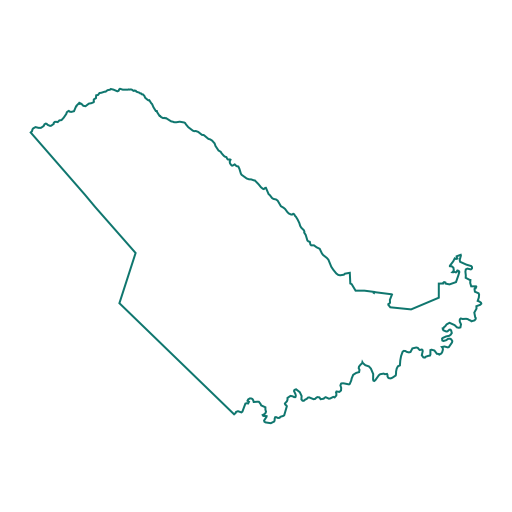 North West Guadalcanl, Guadalcanal, Solomon Islands (Albers equal-area conic projection)
{"feature_id": "97153195B50711658929087", "entity_name": "North West Guadalcanl", "entity_type": "district", "adm_level": 2, "iso_a3": "SLB", "parent_name": "Solomon Islands", "parent_adm1": "Guadalcanal", "projection": "albers", "projection_center": [159.864, -9.408], "detail": "fine", "context": "isolated", "style": "outline", "palette": "teal", "viewbox_px": 512, "rotation_deg": 0, "n_neighbors": 0, "source": "geoboundaries", "source_scale": "gbopen_adm2", "svg_char_len": 6039}
<svg xmlns="http://www.w3.org/2000/svg" viewBox="0 0 512 512"><path d="M411.1,309.4L390.3,307.3L388.3,304.8L388.4,304.0L389.6,303.4L390.0,302.6L389.9,299.8L392.0,294.5L391.7,294.3L374.4,292.1L374.0,293.0L373.7,292.8L374.0,291.9L364.7,290.7L355.6,290.7L351.7,284.2L350.3,283.5L349.8,272.8L344.9,273.7L343.9,274.7L340.1,275.3L338.2,274.9L336.3,273.5L333.3,269.8L331.3,266.8L328.4,259.7L326.8,257.9L323.1,255.0L321.9,253.4L319.7,248.8L316.6,247.3L313.9,245.3L311.2,245.3L310.4,244.5L309.8,241.8L308.4,241.4L307.4,240.5L305.7,234.9L304.2,232.6L304.4,231.7L303.9,230.3L301.2,227.6L300.2,225.9L299.3,223.0L297.7,219.7L295.9,216.7L295.1,216.0L294.2,214.3L293.2,213.8L292.1,214.6L291.0,214.5L288.8,213.5L287.3,212.0L285.1,209.0L283.5,207.7L280.9,206.2L277.7,200.7L276.1,199.5L273.4,198.9L272.0,198.0L269.9,195.2L268.6,194.1L265.9,187.8L265.2,187.9L263.8,189.1L262.9,188.8L261.0,187.3L258.6,184.3L254.8,180.4L254.0,180.4L251.2,179.4L249.0,179.3L246.7,178.5L241.6,174.8L240.9,173.7L239.4,168.8L238.3,166.5L236.5,166.1L234.7,164.4L232.6,165.6L231.9,165.6L231.0,164.8L230.0,163.3L229.7,161.8L230.5,159.7L229.9,159.4L228.1,159.6L227.2,158.8L226.4,157.1L225.0,156.7L223.8,155.8L221.6,153.3L220.7,151.8L218.5,150.5L215.5,146.0L214.6,143.4L212.1,140.6L210.2,139.4L208.4,138.9L204.2,135.4L203.6,135.0L202.0,134.9L198.2,131.9L195.7,131.0L194.3,131.2L192.9,130.7L188.3,127.2L185.8,124.2L185.2,123.1L184.2,122.5L179.7,121.7L176.1,122.3L174.0,122.2L172.9,121.7L171.2,121.4L166.0,118.1L165.2,118.3L164.7,117.9L163.1,118.1L161.1,117.1L160.1,115.9L159.6,116.0L157.1,112.1L156.8,111.0L155.8,111.0L153.5,107.3L152.1,104.1L151.2,103.2L149.3,100.2L148.6,100.4L147.7,99.9L145.2,97.8L144.3,95.8L142.9,94.4L141.8,94.3L141.2,93.5L140.2,93.4L139.4,92.7L136.4,91.7L135.8,90.8L134.4,90.5L134.0,90.9L133.5,90.9L132.1,89.8L130.9,89.4L129.7,89.6L128.7,89.4L127.9,89.7L122.9,89.7L120.0,88.8L119.2,89.4L118.6,90.8L117.4,91.3L113.4,89.6L110.8,89.0L110.0,89.7L107.5,90.2L105.6,91.7L104.6,91.7L101.2,92.8L99.5,93.0L98.1,94.9L96.2,95.3L95.9,98.2L94.1,99.2L93.7,99.9L93.9,101.6L93.7,102.2L91.3,103.2L88.9,103.6L85.5,106.2L83.3,105.8L81.5,103.9L79.3,102.8L78.7,103.6L78.9,103.9L78.3,103.9L76.4,105.8L76.4,106.4L75.9,106.7L74.0,111.2L71.3,111.9L69.8,111.7L68.8,110.9L67.6,111.6L66.8,112.3L66.3,113.9L63.7,117.7L61.5,120.1L59.4,120.4L57.7,122.1L56.2,121.8L54.8,121.9L53.8,122.8L53.7,123.9L51.2,125.7L50.1,125.9L47.7,124.9L46.6,123.8L45.7,123.6L44.4,124.4L43.9,125.7L42.7,126.7L40.8,127.9L38.7,127.9L35.5,127.1L33.2,128.4L32.5,129.3L32.0,131.2L30.7,132.5L84.9,194.7L94.9,206.7L135.6,253.0L119.4,303.2L234.1,414.3L235.6,413.0L236.1,411.9L238.0,411.2L241.4,412.4L242.4,411.6L245.4,403.6L246.7,403.2L248.1,403.5L249.0,401.8L247.5,400.8L248.2,399.4L249.9,398.4L251.3,398.5L252.4,399.0L253.2,400.2L253.7,402.0L257.8,401.7L258.9,401.8L260.5,403.9L261.2,405.4L265.4,407.3L265.4,409.6L266.0,411.7L265.5,413.0L264.6,414.0L262.7,415.0L263.3,415.9L266.6,416.1L266.6,416.7L264.1,420.5L264.4,421.7L265.5,422.4L270.8,423.2L274.2,421.5L274.6,420.4L274.7,418.5L275.2,417.2L276.0,417.1L278.0,418.0L279.6,417.8L280.4,416.8L283.3,415.9L284.2,415.3L286.8,406.4L286.6,405.7L285.2,404.5L284.9,403.5L286.9,401.3L287.5,399.8L287.5,397.9L290.5,395.9L292.6,396.3L294.1,397.1L295.4,397.1L295.8,395.9L295.5,394.2L294.0,391.0L294.5,389.9L296.1,389.3L299.8,392.2L301.6,396.0L301.4,399.4L302.5,400.7L303.8,400.8L305.3,399.5L306.6,399.0L308.0,397.6L309.2,397.4L313.6,399.2L315.1,398.9L316.2,397.8L317.4,397.1L319.4,397.4L320.6,399.2L323.7,398.7L324.5,397.8L325.7,397.2L328.9,398.7L330.1,398.5L333.3,396.9L334.6,397.4L336.3,395.5L336.4,393.8L336.0,392.4L336.5,391.5L339.4,391.9L341.0,390.5L341.2,387.9L340.4,385.4L341.1,383.6L342.0,383.3L343.5,383.3L349.0,384.4L349.7,384.0L351.2,380.6L351.7,378.4L353.2,374.8L356.2,372.9L359.1,372.1L359.5,369.8L358.7,368.2L359.0,366.6L360.6,364.6L362.2,363.2L362.4,362.2L362.9,363.1L365.3,365.2L368.9,366.4L370.9,368.6L373.2,374.0L373.1,379.3L373.4,380.6L374.2,381.0L375.3,380.2L378.8,375.3L380.2,374.2L383.7,373.6L384.9,374.2L387.0,373.9L387.5,374.9L387.5,376.4L388.2,377.7L389.0,378.2L390.7,378.4L392.4,377.7L395.7,375.5L396.0,374.0L396.1,371.4L396.7,368.6L397.9,366.3L399.9,365.4L400.3,360.3L401.1,356.0L402.6,351.8L403.7,350.9L405.3,351.0L406.8,351.9L408.9,352.4L410.5,352.0L412.4,348.4L416.3,347.5L417.8,347.9L419.0,349.4L419.8,350.0L421.8,349.5L422.5,350.1L422.7,351.2L421.8,355.3L423.4,357.4L424.9,357.6L425.6,356.8L428.1,355.9L429.9,355.6L430.4,354.6L430.4,350.1L431.5,349.7L434.4,350.5L436.9,353.8L438.9,354.0L439.3,354.6L441.3,353.5L442.2,352.1L442.9,349.6L442.7,348.0L441.9,347.0L444.5,346.5L447.8,347.4L448.8,347.1L452.0,342.5L452.3,341.1L451.2,339.3L450.0,338.7L448.1,338.8L446.2,340.2L443.4,341.0L442.3,340.5L442.1,338.5L443.0,337.8L446.2,336.4L449.2,335.8L450.7,334.7L451.8,333.0L451.1,330.4L450.5,329.7L449.4,329.7L447.4,331.4L446.2,331.5L443.4,330.3L442.7,328.9L442.7,328.3L443.4,328.3L444.1,327.1L445.2,326.3L446.6,324.4L449.5,322.8L454.6,325.1L457.0,327.4L458.9,327.8L460.4,327.4L461.0,324.3L459.8,321.7L459.7,320.3L459.9,319.3L460.8,318.5L462.6,319.0L466.1,318.8L467.7,319.1L469.7,320.3L470.5,320.4L471.4,321.3L474.5,320.4L475.5,319.3L475.8,318.1L475.2,317.2L474.3,312.6L476.5,308.6L476.4,306.2L480.2,304.8L481.3,303.7L481.0,302.7L479.5,301.6L477.7,300.9L478.8,297.6L479.1,294.7L478.6,293.3L474.9,291.7L474.5,289.0L474.8,288.4L475.6,288.3L476.3,286.8L476.0,286.3L471.2,286.3L470.2,282.9L470.4,280.0L469.7,279.9L465.7,277.8L465.8,275.3L465.4,271.7L465.8,269.4L467.4,268.6L470.7,269.4L471.3,269.2L472.0,268.3L472.0,267.1L471.3,266.1L466.3,264.6L460.1,261.8L459.7,259.9L460.9,255.6L460.7,254.8L456.6,256.3L456.6,257.1L457.4,258.5L456.7,258.9L455.2,258.9L454.7,258.5L453.2,261.4L449.9,265.7L449.9,266.2L451.9,266.4L453.4,267.7L453.8,270.1L453.4,271.1L452.4,272.2L453.2,272.3L454.3,271.8L455.9,272.4L456.8,271.6L457.2,270.6L457.6,270.5L458.4,271.5L458.8,271.1L459.2,271.5L459.3,272.2L458.3,275.5L456.0,282.1L449.5,284.4L445.6,283.6L445.4,282.5L444.1,282.1L443.2,282.8L443.1,283.5L438.8,283.6L438.8,297.7L411.1,309.4Z" fill="none" stroke="#0f766e" stroke-width="2"/></svg>